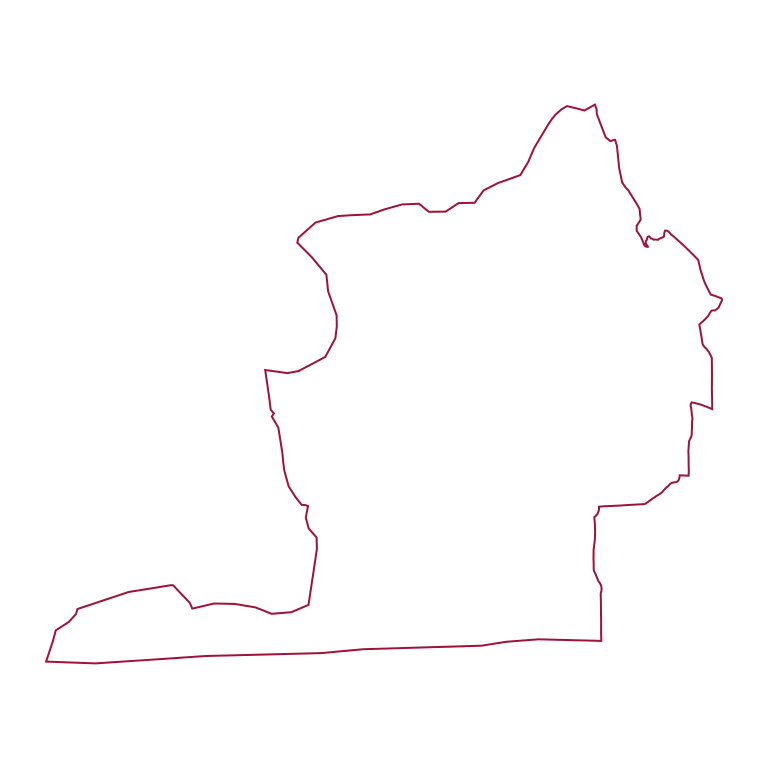 Ojo, Lagos, Nigeria
{"feature_id": "59680162B67711641000031", "entity_name": "Ojo", "entity_type": "district", "adm_level": 2, "iso_a3": "NGA", "parent_name": "Nigeria", "parent_adm1": "Lagos", "projection": "equal_earth", "projection_center": [3.188, 6.464], "detail": "fine", "context": "isolated", "style": "outline", "palette": "rose", "viewbox_px": 768, "rotation_deg": 0, "n_neighbors": 0, "source": "geoboundaries", "source_scale": "gbopen_adm2", "svg_char_len": 3288}
<svg xmlns="http://www.w3.org/2000/svg" viewBox="0 0 768 768"><path d="M298.5,237.7L297.3,242.7L311.8,257.2L326.4,274.8L328.1,291.2L336.6,315.3L336.8,326.5L335.4,338.2L325.3,356.9L298.5,371.1L287.4,373.1L265.2,370.0L269.1,396.8L270.7,409.7L273.9,413.5L271.8,416.5L278.3,427.5L282.3,452.4L283.2,461.9L284.3,470.5L288.7,486.4L295.4,496.9L301.7,504.9L305.3,505.1L308.0,506.1L305.8,517.5L308.7,528.5L316.6,537.5L316.9,549.0L312.1,581.1L308.5,604.9L291.3,612.2L271.6,613.8L255.5,607.4L234.6,603.9L214.1,603.5L192.3,608.6L189.7,602.7L173.1,585.3L170.9,585.2L128.6,592.0L77.5,609.0L76.0,614.1L68.7,622.0L55.8,630.3L52.8,641.4L46.1,661.6L95.7,663.4L205.8,656.0L321.1,653.1L363.7,649.2L481.5,645.7L506.1,641.8L538.4,639.3L601.3,640.9L601.1,633.4L601.1,619.4L601.0,614.3L600.9,602.5L600.7,593.6L600.7,593.4L601.0,592.3L601.4,591.0L601.6,588.2L601.1,585.6L599.9,583.1L598.6,581.4L597.2,578.2L596.0,575.1L593.9,570.8L593.7,568.6L593.7,564.9L593.5,558.8L593.6,550.0L594.2,544.9L594.9,538.9L595.1,532.1L594.9,524.4L594.3,517.2L595.6,516.1L597.5,513.9L598.4,511.6L599.0,509.3L599.0,506.7L603.7,506.3L619.0,505.6L631.7,504.8L639.1,504.4L644.6,504.1L645.8,503.5L651.6,499.3L656.6,495.9L660.5,493.5L662.2,492.1L664.6,489.3L666.4,487.5L668.4,486.0L669.6,484.4L671.5,483.0L674.3,482.3L676.2,482.1L677.1,481.7L678.5,480.4L679.1,479.1L679.8,475.5L679.8,475.3L683.6,475.5L688.6,475.7L688.8,470.3L688.6,462.9L688.6,457.9L688.4,451.4L689.0,441.6L689.0,441.4L690.3,438.6L691.4,436.3L691.8,433.7L691.7,432.9L692.0,427.0L692.1,421.2L692.5,418.6L692.0,415.1L691.2,408.4L691.1,408.2L690.7,405.6L690.6,405.3L690.7,404.5L690.8,404.3L691.6,402.4L694.4,402.9L699.5,404.2L705.5,406.3L712.2,409.1L712.2,408.9L712.2,403.6L711.9,389.5L712.0,373.2L711.9,363.8L711.8,357.7L708.9,352.1L706.5,348.9L704.3,346.8L702.8,344.6L702.5,343.6L701.6,337.7L700.3,329.9L699.3,324.6L699.5,324.4L701.4,322.7L705.4,319.0L707.9,316.3L710.1,312.7L711.0,311.3L712.2,310.4L714.3,310.5L715.2,310.3L718.5,307.8L720.3,303.8L721.9,300.6L721.9,300.2L721.9,299.4L721.3,298.2L721.2,298.2L720.3,298.0L716.3,296.3L710.7,294.6L705.1,283.5L703.7,279.9L700.6,270.2L698.2,259.9L692.9,254.5L685.1,246.8L681.5,243.5L673.6,236.4L671.2,234.6L669.4,232.4L667.5,230.9L667.4,230.8L666.5,230.6L665.1,230.6L664.5,232.2L664.4,232.4L664.1,235.8L664.1,236.3L663.2,237.2L661.4,237.8L658.8,239.1L658.1,239.8L656.8,239.7L655.0,239.5L653.8,239.7L651.6,238.5L651.0,238.4L650.9,238.4L649.4,236.4L648.5,236.4L647.5,237.0L647.2,238.4L646.7,240.0L645.9,241.2L645.9,241.3L645.7,243.0L646.9,245.3L648.0,246.7L647.3,246.9L645.3,246.3L644.2,244.9L642.6,240.7L641.1,237.3L639.0,234.1L636.7,230.8L636.6,226.0L640.7,219.6L639.9,212.7L639.6,208.9L637.0,204.3L633.6,198.8L629.2,191.9L628.6,190.7L625.7,187.5L622.2,182.6L622.4,182.3L621.9,181.5L621.0,176.9L619.1,167.7L618.5,161.6L617.5,151.5L616.8,145.1L615.0,139.8L614.1,139.8L610.7,141.1L610.2,140.9L605.7,137.3L596.8,114.1L596.6,109.2L594.9,104.6L584.4,110.5L578.5,108.9L567.0,106.1L561.3,109.5L555.3,114.9L551.9,119.0L548.2,124.5L535.0,146.6L533.3,150.0L528.2,162.0L520.3,175.1L498.1,183.0L483.6,190.4L474.6,202.8L458.5,203.1L446.6,211.0L445.7,211.6L428.8,211.8L419.0,203.7L401.8,204.5L384.4,209.4L375.4,212.6L369.9,214.5L367.4,214.5L349.6,215.3L337.9,216.1L315.6,222.5L298.5,237.7Z" fill="none" stroke="#9f1239" stroke-width="2"/></svg>